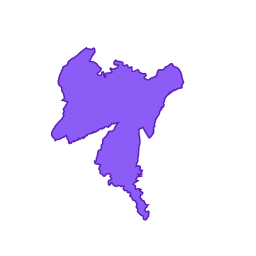 Leribe, Leribe, Lesotho (Albers equal-area conic projection), rotated 64°
{"feature_id": "5366337B97368011547382", "entity_name": "Leribe", "entity_type": "district", "adm_level": 2, "iso_a3": "LSO", "parent_name": "Lesotho", "parent_adm1": "Leribe", "projection": "albers", "projection_center": [28.079, -28.875], "detail": "fine", "context": "isolated", "style": "filled", "palette": "violet", "viewbox_px": 256, "rotation_deg": 64, "n_neighbors": 0, "source": "geoboundaries", "source_scale": "gbopen_adm2", "svg_char_len": 5899}
<svg xmlns="http://www.w3.org/2000/svg" viewBox="0 0 256 256"><g transform="rotate(64 128 128)"><path d="M218.3,152.5L218.1,151.3L217.4,150.4L216.3,148.3L214.7,147.2L213.5,146.9L213.2,146.2L211.9,146.0L211.6,146.5L211.6,147.6L210.8,148.8L209.3,149.1L208.9,148.9L207.4,146.8L207.2,145.5L206.4,145.1L206.0,143.8L205.6,144.9L203.8,145.8L203.4,145.6L202.7,145.9L201.1,145.5L200.9,145.8L200.2,145.9L199.3,146.6L198.8,147.4L197.7,147.5L197.5,147.1L195.6,147.6L195.5,147.3L194.1,146.6L193.8,146.1L193.8,144.6L192.8,143.1L192.4,143.0L190.5,144.5L190.5,144.8L189.8,144.6L189.4,144.0L189.4,144.6L189.1,144.8L188.6,143.7L187.9,144.1L186.8,146.0L186.8,146.9L186.2,148.1L183.4,146.7L180.9,147.8L180.0,146.9L180.2,145.8L179.7,142.2L178.8,143.5L178.1,143.5L177.6,142.8L176.9,142.8L176.6,141.8L175.7,140.1L176.8,138.9L177.0,137.4L176.2,138.3L174.0,139.0L175.7,136.1L173.1,134.9L172.6,133.7L171.8,134.1L171.5,135.2L171.0,135.9L170.1,135.5L169.6,134.6L167.9,133.9L166.5,135.2L166.1,137.4L164.5,136.5L163.3,135.5L162.7,134.3L161.7,133.5L159.2,132.2L158.3,131.4L148.8,125.8L147.6,124.4L144.0,122.6L137.4,120.4L135.4,119.5L133.9,118.4L134.1,115.8L133.9,114.3L138.4,114.2L146.1,113.4L146.0,111.7L143.9,107.7L142.9,106.8L142.0,106.2L141.5,106.4L140.7,105.6L138.9,104.9L138.2,103.1L137.4,103.1L136.6,102.8L136.1,102.4L135.3,102.3L135.0,101.9L134.9,101.2L133.0,99.9L130.4,96.2L130.2,95.4L128.7,93.4L126.6,91.9L126.7,91.5L125.8,89.5L125.5,89.3L125.0,89.7L124.6,89.7L124.7,89.3L124.1,88.7L124.6,88.3L124.6,87.1L123.2,85.5L121.2,85.2L120.4,84.5L119.9,83.6L118.2,82.4L117.3,81.3L115.5,77.8L115.7,77.2L115.3,76.5L115.4,76.0L114.6,75.6L115.2,74.4L115.1,74.1L114.6,74.4L114.8,73.4L114.2,72.8L114.7,71.8L113.8,70.0L114.6,69.7L114.4,68.8L114.8,68.4L114.6,67.1L114.2,66.5L115.0,64.4L114.8,63.7L115.5,62.3L115.1,61.5L113.7,61.5L113.1,61.0L112.9,60.6L113.0,60.1L112.0,59.3L111.5,58.1L106.4,57.4L104.0,56.6L100.9,56.2L97.9,56.4L96.4,56.8L94.6,57.9L93.4,59.5L92.5,60.0L89.8,60.2L89.3,60.7L89.1,61.4L89.1,62.1L89.8,64.7L89.7,66.8L89.9,68.4L91.3,70.8L89.2,74.7L89.5,75.8L93.6,79.9L93.8,80.6L93.3,86.3L93.8,88.2L93.6,88.9L91.2,91.3L90.2,91.6L89.6,90.9L88.8,88.8L88.5,88.5L86.7,88.6L85.8,90.7L84.4,92.2L82.4,93.5L80.6,93.1L80.2,93.4L79.8,94.3L79.8,98.0L79.4,98.9L77.7,99.2L75.0,97.8L74.5,98.5L74.6,99.8L74.2,100.8L73.6,101.2L71.8,100.9L71.0,101.1L70.7,101.8L70.4,103.9L70.0,104.7L68.9,104.9L67.3,104.0L66.6,104.2L64.7,106.1L64.0,107.2L63.8,108.2L61.8,109.1L61.7,110.0L61.9,110.4L62.6,111.5L64.0,112.5L65.1,112.3L65.5,112.0L66.2,111.1L67.0,109.2L67.5,108.9L67.9,109.2L68.9,111.3L69.0,113.4L68.5,115.9L67.9,116.6L66.6,117.2L66.6,117.7L66.9,118.0L67.7,118.2L70.4,117.8L70.9,118.2L70.9,119.1L69.4,123.1L69.2,124.0L69.6,124.6L72.2,125.9L72.3,126.3L72.1,126.6L70.5,126.6L67.5,125.5L66.7,125.7L66.5,126.2L66.5,126.9L68.4,128.5L68.6,129.3L67.8,131.2L66.3,132.0L65.8,131.9L65.3,131.2L65.0,129.1L64.0,127.0L63.1,126.2L61.8,126.1L60.9,127.2L56.6,128.0L55.6,128.5L53.4,130.1L51.6,132.8L51.0,133.2L47.7,129.0L46.1,125.7L45.0,124.3L42.2,123.4L41.6,123.5L41.1,124.0L41.5,125.6L41.3,126.3L39.1,129.7L37.7,130.3L39.0,137.1L39.8,139.7L40.5,141.1L40.8,144.2L41.4,145.3L41.4,146.7L41.0,147.4L42.1,152.1L42.8,153.3L44.6,154.7L44.7,159.7L45.7,160.0L46.2,161.0L46.8,161.4L47.2,162.5L49.3,164.1L49.5,164.4L49.4,164.8L49.8,165.3L52.1,167.6L53.6,168.7L54.6,169.2L54.7,169.7L56.5,170.8L57.3,170.6L57.7,171.0L59.0,171.2L62.4,169.8L65.6,171.2L68.3,170.9L70.5,171.2L73.4,172.1L73.8,173.0L74.3,174.9L75.6,173.2L76.9,172.3L77.6,171.1L78.1,170.7L78.6,171.0L78.7,171.6L79.1,171.7L79.7,172.4L80.2,173.9L81.6,175.6L82.3,177.6L83.3,178.0L85.0,178.0L85.4,178.3L85.6,179.0L86.8,180.1L89.0,180.3L89.1,180.8L89.5,181.1L89.6,181.6L90.8,183.1L92.4,188.0L93.2,189.5L94.3,192.5L95.5,193.6L96.1,195.2L98.6,198.4L101.1,199.8L103.7,199.4L106.6,198.3L107.5,199.6L107.2,197.4L108.1,193.8L107.8,190.2L108.2,189.4L107.4,186.9L108.5,186.8L111.0,187.3L113.6,186.9L114.2,187.0L114.6,187.7L115.8,187.7L116.3,187.4L115.8,186.7L116.7,185.8L115.9,183.9L116.5,182.3L115.8,182.0L116.5,181.1L116.8,177.6L116.0,177.4L115.6,176.8L116.7,176.1L117.0,175.7L117.0,175.0L116.7,174.3L116.7,173.6L117.8,172.5L117.4,171.8L117.0,172.5L116.6,172.4L116.6,171.8L117.3,171.2L117.4,170.8L116.3,168.8L116.9,167.9L116.5,167.6L116.0,166.5L116.7,164.2L116.6,163.5L116.9,162.8L116.5,162.4L116.5,162.0L117.0,161.6L116.3,160.7L116.8,160.6L117.3,159.7L117.2,158.5L117.4,158.0L117.0,157.5L117.2,156.6L116.9,156.2L117.1,155.9L116.6,153.9L116.8,152.3L117.6,151.5L117.1,150.9L117.1,150.2L117.4,149.8L117.4,149.2L116.9,148.6L117.0,146.9L118.7,145.3L117.7,144.1L117.7,143.8L118.3,143.2L116.9,140.7L117.7,139.6L118.1,138.5L118.5,135.7L118.9,134.5L119.9,136.6L121.9,139.7L123.5,141.0L123.9,143.5L122.9,146.0L122.9,147.2L124.3,148.8L126.0,151.7L126.3,153.1L127.2,155.3L127.6,155.9L130.3,157.2L130.9,157.7L131.6,159.3L135.6,161.5L135.2,164.0L135.5,164.8L139.5,167.8L140.3,168.1L141.5,169.9L143.2,170.5L143.5,171.3L143.1,172.6L144.4,173.1L145.7,173.0L148.8,169.0L149.3,169.0L149.8,169.4L150.0,170.2L152.2,172.2L154.5,171.6L155.7,172.8L156.5,172.8L158.8,171.3L160.3,171.2L160.8,170.7L161.0,170.1L160.2,168.0L160.1,167.3L160.5,166.2L160.3,165.2L160.9,164.6L162.7,164.3L163.2,164.5L163.5,165.4L166.5,164.9L166.8,165.7L166.8,168.1L167.1,168.9L170.0,170.3L170.6,170.3L171.2,169.6L170.9,168.4L169.9,167.2L170.0,166.6L173.4,165.9L175.1,164.6L175.9,161.1L176.4,160.5L177.7,159.9L177.8,158.2L178.3,157.4L178.7,157.1L180.5,159.0L182.8,158.5L183.3,157.2L184.0,156.2L184.8,156.1L185.2,156.6L185.8,156.6L186.5,155.8L186.4,154.7L187.1,154.3L188.1,154.4L189.1,154.9L189.3,155.8L189.9,156.2L192.3,154.9L194.6,155.4L195.6,154.3L197.0,153.4L199.9,153.2L200.5,153.8L201.0,153.6L201.9,154.1L202.2,155.1L202.6,155.2L203.6,155.2L204.8,154.6L205.2,154.7L206.0,155.5L207.0,155.9L208.2,155.9L211.5,154.8L213.3,153.6L213.9,152.9L215.4,153.4L216.1,153.9L216.5,154.0L217.3,153.6L217.5,153.2L218.3,152.5Z" fill="#8b5cf6" stroke="#5b21b6" stroke-width="1.5"/></g></svg>